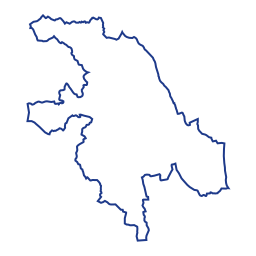 Lac Thuy, Hòa Bình, Vietnam (Mercator projection)
{"feature_id": "81297802B25708049906691", "entity_name": "Lac Thuy", "entity_type": "district", "adm_level": 2, "iso_a3": "VNM", "parent_name": "Vietnam", "parent_adm1": "Hòa Bình", "projection": "mercator", "projection_center": [105.716, 20.495], "detail": "fine", "context": "isolated", "style": "outline", "palette": "blue", "viewbox_px": 256, "rotation_deg": 0, "n_neighbors": 0, "source": "geoboundaries", "source_scale": "gbopen_adm2", "svg_char_len": 5663}
<svg xmlns="http://www.w3.org/2000/svg" viewBox="0 0 256 256"><path d="M228.5,188.2L226.8,185.6L226.2,183.5L226.0,182.2L225.8,180.0L226.2,177.1L225.0,170.6L224.9,167.4L224.3,163.1L223.8,156.0L224.0,148.7L224.4,143.4L221.8,142.9L217.6,143.3L216.0,140.7L212.9,141.4L212.5,140.9L211.4,138.5L211.3,137.7L209.0,137.2L206.3,135.1L205.0,134.5L202.1,133.8L199.2,130.7L198.2,128.9L198.0,125.3L197.3,124.0L197.8,122.0L197.8,119.0L189.7,122.7L189.9,124.9L188.7,125.3L187.8,125.2L187.2,124.9L185.9,123.5L185.0,121.5L184.7,120.4L184.3,116.3L183.9,115.8L182.6,112.9L181.9,112.6L178.8,113.8L177.7,113.8L176.6,109.9L176.0,108.6L175.8,107.3L175.5,106.9L175.2,105.2L174.4,103.8L174.3,103.1L173.6,103.1L173.4,102.8L173.1,101.6L171.2,97.7L170.3,96.4L169.8,93.4L169.1,92.1L168.5,90.2L165.8,87.0L164.3,85.7L163.2,83.9L161.3,82.3L160.0,80.7L159.1,78.2L159.0,77.1L158.5,76.3L158.3,74.3L156.0,67.0L155.4,63.4L154.8,61.5L153.8,59.9L152.9,57.7L146.0,50.4L144.8,49.5L144.2,48.4L143.9,47.5L142.7,45.8L140.3,44.7L138.7,43.5L137.6,41.4L136.8,39.3L135.6,37.9L134.0,37.0L132.3,38.0L129.2,37.8L126.8,37.0L125.2,36.0L122.7,33.0L122.2,32.0L121.5,33.6L118.6,38.6L116.4,39.7L115.0,39.0L108.9,37.5L106.6,37.8L103.2,34.3L103.4,33.4L104.2,32.2L104.2,31.6L103.4,30.1L104.2,28.6L102.9,27.4L103.2,26.1L102.9,24.9L103.2,23.0L100.9,18.0L98.8,17.6L98.2,18.9L97.4,19.4L96.1,19.2L93.4,17.7L92.5,18.3L92.2,18.0L90.2,20.4L89.5,22.0L88.8,22.7L87.5,22.3L86.9,22.3L85.8,22.8L85.6,22.6L85.3,21.7L84.8,21.4L84.2,21.5L83.1,22.2L81.6,21.7L81.3,22.4L80.8,22.6L79.5,22.0L78.4,22.7L77.2,22.7L76.0,22.6L74.6,21.5L73.8,21.4L72.2,21.8L69.7,23.7L66.4,22.3L64.9,23.6L63.5,21.4L61.1,18.7L60.6,18.3L60.0,18.1L59.3,18.3L57.6,19.2L55.8,19.5L54.9,20.4L54.5,20.4L51.2,19.1L49.7,17.7L47.9,16.6L46.2,18.0L45.7,18.1L43.0,15.4L41.3,17.2L40.4,18.7L39.3,19.4L38.5,20.2L36.9,21.2L33.5,21.8L30.0,24.3L30.8,26.3L30.4,28.0L31.5,27.9L31.9,28.1L33.2,29.5L35.2,34.5L36.7,37.0L37.1,39.0L37.7,40.4L39.0,40.6L42.2,40.8L43.1,41.3L46.5,41.1L47.4,40.7L48.9,39.3L52.8,37.6L54.0,36.2L55.5,38.0L57.2,39.3L58.8,41.7L59.5,42.4L60.6,43.1L61.2,43.1L62.0,42.2L63.8,43.2L64.6,44.0L66.2,44.8L68.5,47.0L69.8,47.2L71.1,48.1L71.6,48.9L72.1,50.9L72.1,52.3L71.4,53.0L71.5,53.7L72.1,54.8L74.0,56.2L74.0,57.5L74.5,59.1L75.0,59.6L77.5,60.9L78.6,64.3L79.0,64.7L81.8,65.1L83.1,68.8L84.3,70.3L86.7,72.0L88.1,72.4L86.9,73.0L84.5,74.8L83.6,76.2L83.6,77.1L84.1,78.8L85.9,81.2L87.2,82.3L87.0,84.3L86.6,85.0L84.2,84.9L83.6,85.2L83.4,85.6L83.7,86.6L83.7,87.2L81.8,89.8L81.9,91.4L82.7,93.2L82.8,94.2L82.5,95.6L81.8,96.3L80.3,97.1L78.2,97.2L77.5,96.8L76.6,94.4L75.4,94.3L74.2,93.7L73.0,92.3L70.8,89.0L69.2,87.0L68.3,85.2L67.1,83.7L66.4,83.5L65.7,84.4L65.4,85.4L64.7,86.5L64.5,89.5L63.3,90.1L60.5,90.4L59.5,91.3L59.2,92.3L59.4,93.8L60.2,95.1L59.2,99.0L59.3,99.6L59.9,100.2L62.3,100.6L63.4,101.3L63.4,102.3L62.9,103.0L62.3,103.2L62.2,102.6L61.9,102.6L59.6,103.2L59.1,103.6L59.0,104.2L58.8,104.4L58.2,103.5L55.7,103.9L54.8,103.5L54.2,101.5L51.3,102.0L46.9,101.3L45.3,101.5L42.5,102.5L41.5,102.5L38.9,101.6L38.0,101.7L35.4,102.9L34.0,104.1L32.6,104.6L32.1,104.6L30.8,103.6L29.0,103.3L27.6,103.9L29.0,112.5L27.5,121.1L31.6,121.1L34.5,122.5L36.1,124.0L39.6,127.0L45.1,132.4L48.2,134.1L49.5,134.3L50.0,132.5L52.0,130.4L53.6,131.1L54.7,130.7L55.7,130.8L56.6,130.2L58.7,129.1L59.5,128.3L60.9,128.6L62.2,129.5L63.0,130.4L63.3,130.4L65.1,127.8L64.9,126.3L65.3,123.6L65.7,123.2L66.5,123.0L68.4,118.3L72.4,115.4L72.9,115.9L73.8,116.0L75.9,115.3L77.3,116.1L78.3,117.1L79.2,117.2L80.0,117.1L80.3,116.8L80.3,116.1L79.8,114.7L80.6,114.6L84.2,115.7L89.6,117.0L92.2,119.0L91.2,122.3L89.8,122.8L89.2,124.2L88.6,124.7L86.6,124.9L85.8,126.7L85.0,127.4L83.3,128.0L82.2,129.2L82.2,131.7L81.5,134.1L81.5,134.6L84.5,136.3L85.5,137.8L85.7,138.3L83.8,139.1L83.4,139.5L83.6,141.8L83.4,142.1L79.6,144.2L77.6,145.7L77.0,146.7L77.3,150.1L76.9,151.4L76.1,153.0L76.8,156.2L76.5,157.7L75.4,159.2L75.4,160.6L77.2,162.0L78.3,164.2L79.5,164.4L80.1,164.9L80.8,168.3L81.3,168.8L82.4,169.5L82.6,170.8L83.0,171.3L84.0,175.4L85.3,176.9L86.1,178.5L87.0,177.4L87.4,177.3L90.2,180.4L90.8,180.5L92.5,180.0L97.2,180.1L99.2,182.3L100.1,183.7L100.2,184.7L101.0,185.8L100.8,188.1L100.9,189.8L100.6,191.1L101.3,192.1L101.5,193.0L100.2,194.1L100.0,194.9L100.2,195.9L101.1,196.9L97.8,201.1L101.0,202.8L103.1,202.1L104.9,200.9L107.4,202.3L108.9,203.8L109.9,204.3L111.2,204.5L115.5,204.4L120.8,209.7L122.7,209.8L123.1,211.6L126.1,212.5L126.1,213.3L124.8,218.2L124.8,223.5L126.5,224.5L128.7,224.7L129.4,225.1L130.7,225.3L134.2,225.1L137.2,226.7L137.4,228.8L137.2,231.7L137.4,232.9L137.1,233.6L136.6,236.3L137.7,240.6L146.4,240.0L146.2,237.6L146.5,235.7L148.8,230.3L148.6,229.0L148.2,227.9L146.7,225.4L146.6,222.6L145.0,221.6L144.4,220.5L144.4,218.3L144.9,217.0L144.6,215.9L143.7,214.8L143.3,212.3L143.4,211.9L145.6,211.4L144.6,208.6L143.5,207.4L142.5,205.5L143.5,202.9L142.9,200.2L143.0,199.8L143.5,199.6L148.3,199.6L148.1,196.9L146.6,196.5L146.2,195.0L144.4,187.0L143.3,183.9L142.7,179.8L141.9,177.4L143.4,176.7L145.0,174.9L146.9,174.6L149.2,174.8L149.8,175.2L150.1,175.9L150.9,176.3L154.2,175.7L159.5,174.2L160.3,175.2L160.1,177.3L160.4,179.8L160.7,180.2L161.1,180.4L167.0,179.4L167.7,179.0L168.3,177.2L171.2,171.6L172.5,169.5L171.6,165.8L171.7,164.8L172.0,164.5L173.3,164.4L175.4,163.6L176.6,169.9L178.9,173.2L181.5,178.3L182.6,179.6L187.3,184.9L189.7,187.0L194.3,189.9L196.9,190.3L197.6,190.7L199.5,194.6L200.1,195.4L201.0,195.8L201.8,196.0L203.4,195.0L203.9,195.0L205.8,196.0L206.2,195.9L206.5,195.4L206.9,193.6L209.8,193.4L210.1,193.3L210.5,192.4L211.5,192.6L212.5,193.3L214.4,193.3L215.1,193.5L217.5,193.2L217.6,192.9L220.1,190.8L221.5,188.5L226.1,188.6L227.6,188.1L228.5,188.2Z" fill="none" stroke="#1e3a8a" stroke-width="2"/></svg>